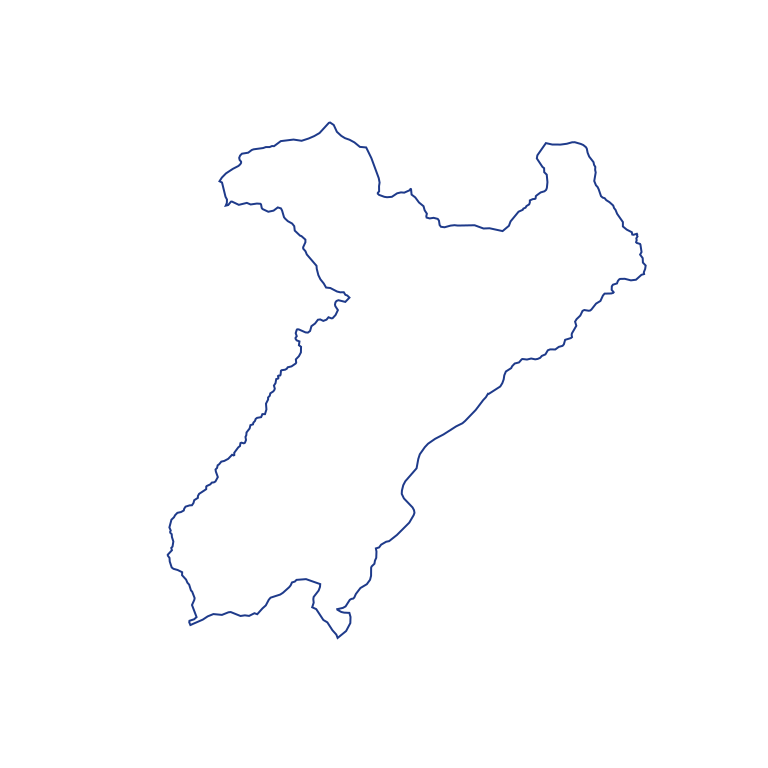 outline of Chameza, Casanare, Colombia, rotated 197°
{"feature_id": "7082276B78466873958700", "entity_name": "Chameza", "entity_type": "district", "adm_level": 2, "iso_a3": "COL", "parent_name": "Colombia", "parent_adm1": "Casanare", "projection": "albers", "projection_center": [-72.863, 5.238], "detail": "fine", "context": "isolated", "style": "outline", "palette": "blue", "viewbox_px": 768, "rotation_deg": 197, "n_neighbors": 0, "source": "geoboundaries", "source_scale": "gbopen_adm2", "svg_char_len": 6152}
<svg xmlns="http://www.w3.org/2000/svg" viewBox="0 0 768 768"><g transform="rotate(197 384 384)"><path d="M299.6,661.7L304.2,647.5L303.8,644.4L295.9,637.9L294.0,637.2L292.7,633.4L289.6,631.8L286.7,624.8L285.6,619.2L285.7,617.1L286.9,615.2L290.2,613.0L292.8,609.5L293.7,608.1L293.3,605.7L293.8,605.1L295.8,604.3L298.2,602.2L297.6,600.2L297.7,598.2L299.8,595.8L300.2,594.0L302.0,592.5L302.3,591.1L305.7,588.1L310.5,576.5L310.8,571.8L315.3,564.9L328.6,563.8L334.3,561.8L343.8,562.3L359.7,557.1L363.0,556.5L366.7,554.9L371.9,551.6L375.5,551.0L377.3,552.3L379.2,556.3L380.9,557.6L385.2,557.4L388.7,555.7L391.9,555.6L392.6,556.8L392.8,559.4L395.9,562.0L398.2,565.6L403.6,567.8L408.7,571.6L413.0,573.2L415.1,578.2L415.7,578.2L416.2,576.7L420.6,572.9L423.8,572.2L427.2,570.2L431.2,565.3L435.7,563.5L438.4,563.1L444.0,563.4L445.6,564.2L445.8,565.0L445.0,566.8L446.6,571.8L447.1,575.3L449.2,579.3L462.1,596.3L470.2,605.0L476.4,603.7L482.9,606.4L488.4,607.5L493.2,607.7L497.4,608.8L502.8,611.4L507.8,617.0L512.0,618.3L513.1,617.6L519.0,605.2L523.3,600.6L527.9,596.7L533.9,592.5L542.0,591.3L553.7,586.1L558.7,579.3L560.7,578.8L562.7,577.1L566.3,576.0L568.6,574.3L577.3,570.3L578.9,569.1L581.5,565.5L587.2,562.7L588.4,560.4L588.6,557.9L587.5,556.0L585.7,554.9L585.3,553.7L585.7,552.1L586.9,550.0L591.5,545.5L596.7,539.2L599.4,534.0L600.6,529.8L597.8,529.3L590.3,516.7L588.1,514.5L587.2,511.1L587.5,508.3L585.3,509.6L583.7,513.6L582.8,514.0L575.2,512.9L568.1,517.1L564.0,516.7L558.3,519.4L554.9,520.2L554.1,519.8L552.4,516.6L551.3,515.8L545.0,514.9L540.3,517.5L537.2,521.8L533.9,521.8L532.2,520.1L528.4,514.3L527.0,513.3L523.6,511.6L518.8,510.6L516.0,508.7L514.2,504.6L507.6,501.3L506.2,501.3L501.4,499.1L500.6,496.6L501.3,491.1L500.8,489.8L497.9,488.0L495.7,485.3L483.1,477.3L482.0,474.5L478.6,468.9L475.4,465.5L471.0,462.5L467.6,459.3L463.4,460.1L455.9,458.7L452.6,458.9L449.3,460.0L447.0,458.0L445.0,457.9L442.3,456.5L445.0,451.2L452.1,450.8L453.7,449.5L454.3,447.9L454.1,445.6L453.3,444.2L449.7,441.2L450.5,435.8L452.4,431.9L453.5,431.4L456.6,431.6L457.8,428.7L460.5,426.6L463.9,427.1L466.0,426.1L467.6,421.7L470.3,418.1L470.2,413.1L471.8,410.9L474.1,410.4L481.5,411.3L483.0,410.9L483.3,410.1L483.3,406.8L481.4,404.2L482.1,402.2L481.8,401.4L480.3,400.2L477.3,400.0L476.7,396.2L474.2,395.3L472.7,389.9L473.5,385.7L475.5,381.8L474.2,378.7L474.5,377.7L477.6,373.8L481.0,371.8L481.4,370.2L482.7,368.8L486.0,367.2L486.4,366.5L485.6,362.5L485.9,361.7L487.3,361.2L487.7,360.6L486.7,358.9L486.9,358.2L488.5,357.2L488.0,353.1L488.8,350.3L487.1,347.7L487.1,346.3L487.7,344.6L490.0,341.8L489.8,339.4L490.9,337.2L490.3,335.3L491.1,330.7L489.0,325.3L489.0,320.4L491.5,319.6L491.8,316.4L495.5,314.5L496.5,313.1L496.6,310.9L497.6,308.9L497.5,307.1L499.7,305.6L499.5,302.2L501.3,297.5L500.7,294.7L501.0,292.9L499.6,290.1L499.8,287.2L500.7,286.3L503.2,286.2L504.0,285.5L503.6,282.5L504.8,280.9L507.1,274.5L506.4,272.2L507.0,271.7L508.6,271.9L511.1,266.9L514.3,263.7L516.9,262.2L518.2,259.0L519.3,257.6L519.1,254.9L520.1,253.0L519.2,251.1L515.7,246.4L516.7,241.5L517.9,240.2L519.8,239.4L520.8,237.2L523.7,234.6L524.0,234.0L523.3,231.4L528.7,224.9L529.2,222.5L528.7,220.7L531.5,217.4L531.4,214.5L532.2,211.9L534.4,211.1L537.9,208.7L538.6,206.4L538.5,204.5L540.7,202.2L543.9,200.4L545.4,197.5L545.9,195.1L547.6,192.1L547.3,184.1L545.1,181.5L545.3,180.0L544.8,179.2L543.1,178.3L542.1,175.7L539.4,171.8L538.7,166.7L539.5,165.0L538.2,163.0L540.9,157.5L540.5,156.6L538.3,155.0L537.0,151.6L533.4,146.5L531.3,145.7L527.0,145.8L522.0,145.0L521.2,142.1L516.1,139.1L513.9,136.5L511.7,135.2L508.2,130.1L506.8,129.4L502.5,123.9L502.3,122.1L503.0,116.5L495.1,106.3L496.8,103.5L500.8,100.7L500.6,99.2L498.7,96.9L488.4,105.7L484.7,110.2L479.9,114.1L471.5,115.8L466.0,120.2L463.9,121.1L453.4,120.2L449.4,122.1L445.2,122.8L440.9,126.9L437.9,126.8L434.6,133.9L432.3,137.7L431.1,144.0L430.0,146.5L421.7,152.3L419.6,154.8L415.3,161.9L414.4,164.1L414.0,167.3L411.5,169.0L410.4,171.1L401.5,174.6L386.5,174.0L385.9,171.3L386.1,167.4L389.0,159.8L388.7,157.6L387.3,154.3L387.4,149.5L383.0,148.9L373.0,140.6L368.5,139.5L361.4,133.5L356.3,130.4L354.1,127.6L348.0,136.7L346.3,145.5L347.9,151.4L350.2,155.0L355.3,153.7L358.2,153.5L362.6,154.5L362.9,155.0L357.8,157.9L355.7,160.1L353.6,167.6L352.3,169.0L350.8,169.7L350.0,171.1L349.5,175.0L346.9,182.0L341.9,187.5L340.1,192.7L340.3,196.8L342.6,204.6L342.5,205.9L340.6,209.3L341.0,212.4L340.6,215.5L342.2,221.5L343.7,224.4L340.9,226.3L339.8,229.5L335.8,233.8L333.2,235.2L327.5,243.4L319.3,258.8L317.3,267.2L317.2,269.7L318.4,272.1L320.6,274.3L331.5,280.4L334.9,284.1L335.7,287.3L336.0,292.8L335.2,297.2L328.2,312.9L329.3,322.4L329.2,327.3L326.5,335.5L324.4,339.8L319.1,346.5L312.4,353.1L302.6,364.6L297.5,369.4L295.6,372.4L288.7,386.0L284.4,397.7L282.7,401.1L281.7,405.1L281.0,405.1L272.1,415.6L271.1,419.4L270.9,423.4L271.5,427.5L271.1,431.6L267.0,436.4L266.7,438.4L265.0,441.8L261.2,444.1L259.5,447.9L258.8,448.4L254.4,449.2L250.7,451.4L246.6,451.8L244.4,452.9L242.3,454.7L241.3,457.0L238.3,459.5L237.2,464.1L235.2,465.7L230.3,467.1L227.7,470.6L224.4,472.7L223.6,474.5L223.7,479.2L218.8,482.5L217.9,483.8L218.9,485.7L219.1,487.3L217.1,495.9L219.5,499.5L218.8,502.3L216.3,506.8L215.5,512.0L214.1,513.3L209.7,513.9L208.4,514.5L207.5,515.7L204.7,522.9L201.3,526.7L200.5,532.6L199.5,534.9L193.2,537.0L191.5,538.1L191.2,538.9L193.8,540.6L194.7,544.0L194.1,545.9L190.6,548.3L190.5,550.7L189.8,552.6L189.0,553.5L184.5,555.0L178.2,555.3L173.5,557.4L169.7,563.7L167.4,565.2L168.2,566.8L167.9,570.4L168.4,573.8L171.9,575.8L173.4,580.0L176.9,582.6L176.3,585.5L179.5,592.2L180.1,592.8L183.5,592.8L184.4,593.3L184.4,595.4L185.3,597.1L184.7,599.2L185.5,600.1L185.6,601.1L186.1,601.6L189.1,599.6L190.3,599.5L191.4,601.6L197.0,602.6L201.6,604.5L202.9,608.7L210.8,614.9L213.5,618.2L215.4,619.5L217.0,621.7L221.5,623.8L225.2,624.8L227.3,626.2L229.4,626.2L231.4,627.1L235.5,632.8L237.3,634.8L239.4,636.0L242.3,639.6L243.4,648.2L244.7,650.5L245.4,653.4L247.2,655.0L248.5,657.4L254.3,661.5L256.9,664.7L258.9,668.4L260.1,669.5L263.3,670.8L265.9,671.1L272.2,671.0L274.7,670.2L279.4,667.2L285.1,664.6L293.1,662.2L299.6,661.7Z" fill="none" stroke="#1e3a8a" stroke-width="2"/></g></svg>